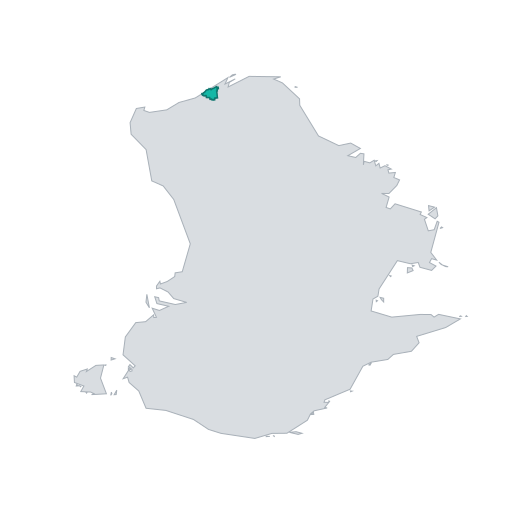 Northampton, Western Australia, Australia (highlighted), rotated 81°
{"feature_id": "25037944B43886071852017", "entity_name": "Northampton", "entity_type": "district", "adm_level": 2, "iso_a3": "AUS", "parent_name": "Australia", "parent_adm1": "Western Australia", "projection": "equal_earth", "projection_center": [114.191, -27.828], "detail": "fine", "context": "in_parent", "style": "filled", "palette": "teal", "viewbox_px": 512, "rotation_deg": 81, "n_neighbors": 0, "source": "geoboundaries", "source_scale": "gbopen_adm2", "svg_char_len": 5473}
<svg xmlns="http://www.w3.org/2000/svg" viewBox="0 0 512 512"><g transform="rotate(81 256 256)"><path d="M356.3,79.8L360.5,109.9L367.2,108.5L374.4,117.4L374.7,135.7L378.8,142.0L378.9,159.0L381.6,167.7L402.3,183.9L408.8,210.4L411.1,211.7L412.0,207.0L416.3,211.8L417.2,209.5L418.0,222.8L420.4,226.8L426.2,230.9L435.9,253.2L433.7,268.0L436.0,285.7L425.7,318.3L419.9,330.0L407.7,343.3L394.4,369.2L389.2,388.4L371.0,392.9L361.1,401.1L355.6,401.8L356.4,406.4L348.9,399.7L350.4,398.1L350.1,396.4L348.5,396.3L345.3,399.3L343.5,397.5L347.3,394.7L345.6,392.5L332.8,402.8L315.5,397.7L303.0,385.2L303.6,375.3L298.1,366.3L300.8,366.6L301.0,363.9L291.3,366.7L294.7,359.9L292.0,350.1L287.5,361.3L280.4,362.4L281.9,358.7L285.2,358.6L291.3,343.3L291.0,331.7L285.2,343.9L277.8,348.5L272.5,355.8L272.8,359.4L270.1,359.0L265.9,354.9L268.7,354.8L267.3,347.7L263.6,339.5L260.0,338.5L260.0,331.3L233.7,319.0L187.3,328.4L172.3,336.7L165.5,347.2L133.7,347.9L116.2,360.3L104.6,359.5L91.6,351.1L91.5,342.5L94.7,344.0L97.5,338.8L97.7,321.3L92.3,308.0L90.4,291.3L75.4,255.8L81.3,259.7L77.8,248.8L80.3,255.2L84.7,257.1L77.5,234.7L82.9,203.5L84.0,210.9L89.2,202.8L107.6,188.4L114.0,189.2L147.2,175.5L159.9,157.0L159.3,144.8L166.1,136.1L171.3,149.6L174.3,142.1L170.9,136.8L172.0,133.4L182.8,135.7L179.4,134.4L181.8,129.0L179.9,124.3L185.7,123.6L183.7,120.1L188.5,119.6L187.0,114.5L191.3,108.8L191.5,112.2L194.9,111.8L195.3,105.3L200.1,107.6L203.3,102.3L208.4,105.9L215.1,115.0L213.8,122.2L218.6,115.3L228.4,119.9L230.5,116.0L226.2,110.5L238.4,85.8L240.7,87.4L244.8,81.2L246.1,83.9L258.1,81.9L257.9,75.9L250.0,71.6L251.3,70.0L279.8,82.8L288.3,78.2L286.1,83.0L289.6,85.7L294.1,79.8L297.7,84.8L292.8,95.8L287.8,96.8L287.8,104.7L282.7,117.1L307.8,139.6L314.8,141.9L316.8,147.2L328.3,150.9L337.6,131.5L339.4,103.0L341.2,92.3L344.2,89.7L342.2,84.8L350.1,64.0L356.3,79.8ZM339.8,423.3L352.3,428.7L368.7,425.3L367.2,440.1L366.6,437.5L364.5,440.6L362.5,450.3L357.5,446.3L352.5,455.1L345.8,454.4L347.6,452.0L342.4,447.8L341.2,440.3L343.6,441.6L339.0,431.2L339.8,423.3ZM236.5,70.2L244.8,70.1L247.3,73.3L241.7,79.4L236.5,70.2ZM276.8,369.8L290.5,369.4L284.4,371.9L276.8,369.8ZM295.0,103.1L296.4,109.2L291.2,108.2L292.2,103.9L295.0,103.1ZM435.4,250.6L435.8,243.9L438.3,238.3L438.8,242.3L435.4,250.6ZM366.7,414.5L371.0,415.8L370.8,417.8L366.7,414.5ZM235.7,72.0L238.5,78.0L233.2,77.7L235.7,72.0ZM336.1,415.4L333.6,414.9L335.5,411.3L336.1,415.4ZM321.4,137.1L318.8,138.9L316.3,139.9L317.7,136.5L321.4,137.1ZM75.4,254.3L73.4,251.0L73.2,248.0L73.6,247.8L75.4,254.3ZM369.5,419.9L370.9,421.3L367.8,420.1L369.5,419.9ZM419.6,223.7L421.5,223.7L421.2,226.7L419.6,223.7ZM379.5,158.7L381.7,160.5L381.2,161.6L379.5,158.7ZM356.5,451.6L356.3,453.9L354.8,453.2L356.5,451.6ZM436.3,270.5L436.0,274.2L435.7,274.1L436.3,270.5ZM257.6,69.9L256.3,68.2L257.2,67.3L257.6,69.9ZM296.2,70.2L294.1,73.3L296.7,67.9L296.2,70.2ZM437.1,266.1L436.0,267.3L436.8,266.0L437.1,266.1ZM297.4,126.4L296.2,127.0L296.9,125.6L297.4,126.4ZM290.9,102.9L289.4,103.2L290.4,101.3L290.9,102.9ZM95.9,188.6L95.5,191.0L94.8,190.8L95.9,188.6ZM347.7,62.6L347.6,64.7L347.1,63.2L347.7,62.6ZM348.4,397.2L348.6,398.4L348.2,398.0L348.4,397.2ZM293.6,74.2L290.8,76.3L293.7,73.6L293.6,74.2ZM187.2,111.5L186.2,113.0L186.8,111.3L187.2,111.5ZM357.7,449.9L356.8,450.3L357.4,449.4L357.7,449.9ZM319.9,144.3L318.4,144.2L319.2,143.0L319.9,144.3ZM181.5,122.6L180.7,123.4L180.7,121.5L181.5,122.6ZM365.0,444.8L363.7,445.5L364.3,444.2L365.0,444.8ZM348.8,56.9L348.6,58.3L347.8,57.6L348.8,56.9ZM347.5,398.8L348.5,399.9L346.7,399.6L347.5,398.8ZM404.9,183.8L404.0,183.9L404.5,182.2L404.9,183.8ZM411.1,206.8L410.6,206.8L411.1,205.6L411.1,206.8ZM340.6,421.5L340.2,422.4L340.0,421.3L340.6,421.5Z" fill="#d9dde1" stroke="#a8b0b8" stroke-width="1"/><path d="M94.0,275.5L94.7,275.5L94.7,275.4L94.7,274.0L95.3,274.0L95.3,273.7L95.3,272.4L94.7,272.4L94.5,272.1L93.8,272.1L93.8,271.6L93.5,271.6L93.6,270.3L93.8,270.3L93.8,269.3L92.4,269.3L89.5,269.1L86.9,269.1L86.9,268.4L85.3,268.4L85.3,268.1L84.8,268.1L84.8,267.0L83.4,267.0L83.4,268.4L82.5,268.4L82.5,268.5L82.6,268.8L82.7,269.0L82.8,269.2L82.8,269.3L82.9,269.5L83.0,269.7L83.0,269.8L83.1,270.0L83.2,270.3L83.3,270.5L83.4,270.8L83.5,271.0L83.6,271.3L83.6,271.5L83.8,272.0L83.8,272.3L83.9,272.5L84.0,272.8L84.0,273.0L84.1,273.3L84.1,273.5L84.2,273.8L84.2,274.0L84.3,274.1L84.2,274.1L84.3,274.0L84.3,273.9L84.3,273.7L84.3,273.8L84.4,274.0L84.2,274.2L84.2,274.3L84.1,274.5L84.0,274.8L83.9,274.8L84.0,274.8L83.9,274.9L83.9,275.0L83.8,275.3L83.8,275.5L83.7,275.6L83.7,275.8L83.7,276.0L83.8,276.0L83.8,276.3L83.9,276.5L84.0,276.7L83.9,276.7L84.0,276.8L84.0,277.0L84.1,277.6L84.2,277.8L84.2,278.0L84.2,278.3L84.3,278.4L84.3,278.5L84.3,278.8L84.3,279.0L84.5,279.1L84.7,279.5L84.8,279.6L84.9,279.8L85.0,279.9L85.1,280.0L85.3,280.2L85.5,280.3L85.7,280.5L85.8,280.7L85.8,280.8L85.9,281.0L86.0,281.0L86.1,281.3L86.3,281.5L86.4,281.8L86.5,281.9L86.5,282.0L86.6,282.3L86.7,282.5L86.8,282.5L87.0,282.8L87.2,283.0L87.3,283.3L87.5,283.5L87.6,283.9L87.7,284.0L87.8,284.0L87.7,284.1L87.8,284.1L88.0,283.9L88.1,284.0L88.3,284.0L88.4,283.9L88.4,283.7L88.5,283.6L88.7,283.4L88.8,283.4L88.8,283.1L88.9,282.9L89.2,282.9L89.2,282.7L89.4,282.7L89.4,282.4L89.5,282.3L89.6,282.2L89.8,282.1L89.8,281.9L89.8,281.7L89.9,280.9L89.6,280.8L89.7,280.2L91.6,280.2L91.6,279.7L91.9,279.6L92.1,278.2L92.1,277.9L92.2,277.7L92.2,277.1L92.4,277.1L92.6,276.9L92.8,277.0L92.9,276.9L93.4,276.9L93.5,276.9L94.0,276.9L94.0,276.6L94.0,275.5Z" fill="#14b8a6" stroke="#0f766e" stroke-width="1.5"/></g></svg>